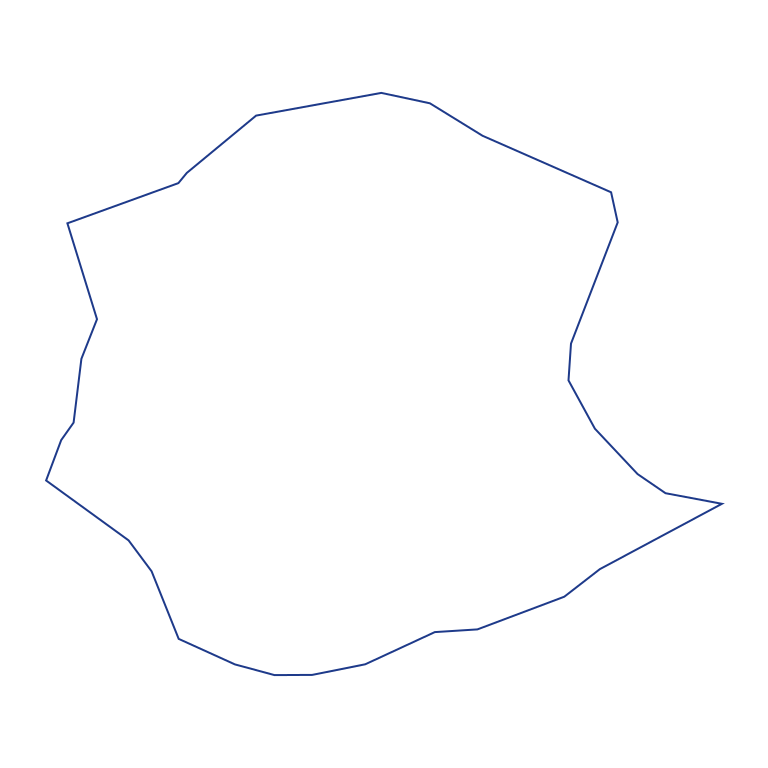 Postojna, orthographic projection
{"feature_id": "SVN-978", "entity_name": "Postojna", "entity_type": "Municipality", "adm_level": 1, "iso_a3": "SVN", "parent_name": "Slovenia", "parent_adm1": "", "projection": "orthographic", "projection_center": [14.172, 45.79], "detail": "fine", "context": "isolated", "style": "outline", "palette": "blue", "viewbox_px": 768, "rotation_deg": 0, "n_neighbors": 0, "source": "natural_earth", "source_scale": "10m", "svg_char_len": 504}
<svg xmlns="http://www.w3.org/2000/svg" viewBox="0 0 768 768"><path d="M611.1,192.3L617.7,222.4L571.0,343.6L568.5,380.4L594.9,428.7L637.6,474.1L665.5,493.2L721.9,503.8L599.9,569.1L564.3,596.7L477.4,629.4L434.8,632.1L365.2,664.3L312.2,674.9L274.5,675.1L234.9,664.4L178.7,638.9L151.6,571.3L128.6,540.4L46.1,480.5L61.2,440.1L73.6,422.6L81.4,358.8L97.0,319.2L67.4,223.3L178.4,183.1L186.8,172.9L256.1,115.6L381.3,92.9L429.9,103.3L482.6,135.8L611.1,192.3Z" fill="none" stroke="#1e3a8a" stroke-width="2"/></svg>